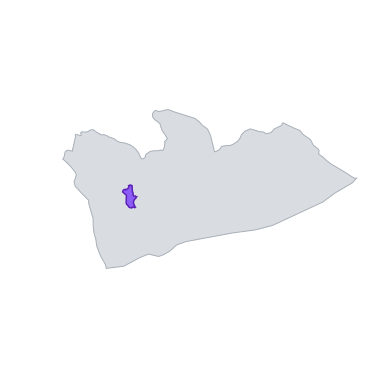 Bokomu, Gbapolu, Liberia shown in context, rotated 304°
{"feature_id": "62588387B58325877345443", "entity_name": "Bokomu", "entity_type": "district", "adm_level": 2, "iso_a3": "LBR", "parent_name": "Liberia", "parent_adm1": "Gbapolu", "projection": "robinson", "projection_center": [-10.158, 7.228], "detail": "fine", "context": "in_parent", "style": "filled", "palette": "violet", "viewbox_px": 384, "rotation_deg": 304, "n_neighbors": 0, "source": "geoboundaries", "source_scale": "gbopen_adm2", "svg_char_len": 2991}
<svg xmlns="http://www.w3.org/2000/svg" viewBox="0 0 384 384"><g transform="rotate(304 192 192)"><path d="M80.7,163.6L83.5,160.8L87.8,152.0L93.7,143.5L99.2,138.5L103.6,133.3L108.2,129.4L114.8,124.7L124.9,112.6L127.3,111.1L128.9,102.7L131.4,92.0L134.4,88.6L141.2,86.7L142.9,84.8L145.3,77.2L146.9,68.4L147.0,66.5L149.7,66.3L154.4,64.4L157.0,65.2L158.2,67.8L158.8,69.9L172.9,64.4L174.1,63.3L174.9,63.5L176.6,68.4L177.7,68.1L178.5,66.7L179.4,66.6L180.5,67.2L181.6,69.5L183.4,71.6L186.5,73.1L188.4,75.1L188.2,80.4L188.9,85.5L190.3,86.7L191.0,89.8L191.3,93.1L192.0,94.9L192.6,98.3L192.3,102.0L192.9,104.5L195.1,109.0L196.5,114.6L196.5,118.5L195.7,122.7L194.2,126.5L191.6,130.6L191.4,132.3L192.9,133.3L195.3,133.6L197.3,132.7L202.2,134.6L204.8,137.3L207.1,140.7L209.2,142.4L210.1,144.6L213.7,144.0L217.8,141.9L218.6,141.0L219.8,141.5L222.5,141.7L224.3,138.0L225.8,133.7L229.0,129.1L230.6,127.4L231.0,124.4L231.1,120.6L232.3,117.3L234.9,115.5L237.7,115.5L239.3,116.2L240.1,119.4L242.4,121.8L244.3,123.5L245.3,124.2L247.0,126.1L248.5,132.5L254.6,153.3L254.3,159.0L253.1,162.8L253.1,166.4L252.7,170.0L249.0,176.0L238.0,188.1L238.9,189.2L241.5,190.6L244.2,191.3L246.3,190.9L249.1,193.9L252.0,197.7L255.2,199.7L259.7,201.5L263.6,201.7L267.0,201.0L271.7,201.7L276.8,204.9L278.6,210.1L279.8,214.6L281.5,216.9L281.8,220.9L285.4,224.3L290.5,225.0L297.1,229.0L298.8,228.8L299.5,228.3L300.3,229.1L302.0,240.8L303.3,247.0L302.7,249.5L301.8,251.4L301.7,260.9L298.7,266.3L298.3,272.2L297.4,274.2L294.2,275.9L294.2,280.4L293.3,285.9L293.0,291.8L293.9,307.1L294.1,318.6L295.5,320.7L289.3,319.8L270.9,311.0L256.8,306.0L209.4,277.5L196.3,266.0L181.1,248.9L147.4,214.6L139.7,209.0L130.0,206.4L124.0,203.4L119.8,200.3L116.3,190.7L107.9,185.1L92.4,177.0L80.7,163.6Z" fill="#d9dde1" stroke="#a8b0b8" stroke-width="1"/><path d="M153.3,134.4L152.9,136.9L152.8,138.8L152.2,139.7L151.0,140.5L150.8,140.6L149.8,141.2L148.9,141.7L148.8,141.8L148.2,142.2L146.9,143.0L146.2,143.5L145.2,144.7L145.2,145.3L145.2,145.6L145.1,145.9L144.8,146.8L144.2,148.4L144.4,149.4L144.6,149.9L144.8,150.3L145.1,150.9L145.7,151.3L146.1,151.2L146.3,151.4L146.8,152.0L146.9,153.1L147.1,153.4L147.8,153.6L147.9,152.5L147.8,152.2L148.1,152.1L148.4,152.2L148.6,152.0L148.6,151.5L149.5,150.8L149.6,150.1L149.7,149.9L150.4,149.3L152.0,148.8L153.5,148.4L153.8,148.5L154.1,148.6L154.7,148.7L154.8,148.8L155.5,148.9L156.2,148.8L156.1,148.6L156.4,148.6L156.6,148.5L156.9,148.6L156.7,148.2L157.1,147.4L156.4,146.6L156.0,145.5L156.1,145.3L156.8,144.8L157.5,144.3L157.6,144.2L158.6,143.3L158.9,142.4L159.4,142.1L159.8,141.8L160.0,141.6L160.8,141.0L161.0,140.9L161.6,140.3L161.9,140.0L162.5,139.7L163.0,139.5L163.1,139.0L163.6,138.9L163.6,138.1L163.6,137.8L163.5,137.6L163.2,136.7L162.8,136.7L162.6,136.5L161.8,135.9L161.2,136.7L160.6,136.7L159.5,137.0L158.5,136.7L158.1,136.6L157.6,136.5L157.4,136.1L157.2,135.6L156.6,135.6L156.6,135.2L156.5,134.8L155.5,134.1L155.2,134.0L154.1,134.2L153.3,134.4Z" fill="#8b5cf6" stroke="#5b21b6" stroke-width="1.5"/></g></svg>